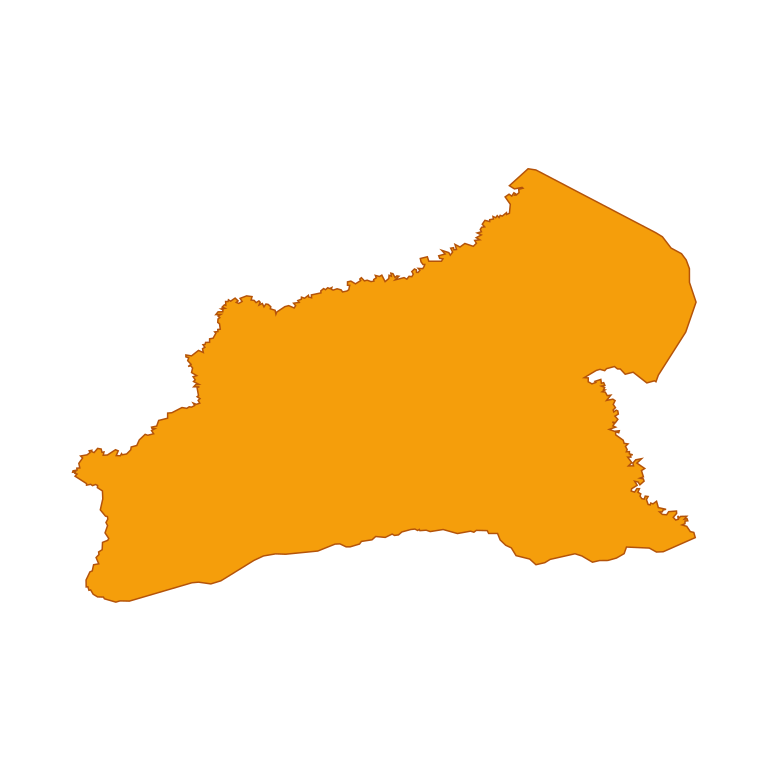 the district of Prathai, Nakhon Ratchasima, Thailand, rotated 264°
{"feature_id": "78962969B10005729924667", "entity_name": "Prathai", "entity_type": "district", "adm_level": 2, "iso_a3": "THA", "parent_name": "Thailand", "parent_adm1": "Nakhon Ratchasima", "projection": "equal_earth", "projection_center": [102.699, 15.58], "detail": "fine", "context": "isolated", "style": "filled", "palette": "amber", "viewbox_px": 768, "rotation_deg": 264, "n_neighbors": 0, "source": "geoboundaries", "source_scale": "gbopen_adm2", "svg_char_len": 6110}
<svg xmlns="http://www.w3.org/2000/svg" viewBox="0 0 768 768"><g transform="rotate(264 384 384)"><path d="M479.7,268.3L478.3,265.3L480.7,263.6L481.4,260.6L484.7,261.9L486.0,256.6L484.2,249.8L480.9,251.5L479.3,248.0L480.6,245.6L481.9,247.6L485.0,244.9L482.4,240.1L484.0,238.1L482.3,237.5L482.6,235.1L478.8,234.9L479.4,233.5L477.4,231.1L475.9,233.7L475.7,229.8L474.6,231.6L472.7,231.2L473.1,226.5L470.6,224.0L470.2,228.9L468.9,226.1L467.1,227.6L466.0,225.7L462.6,225.1L461.1,226.7L455.6,226.9L455.6,224.4L453.5,224.3L453.5,221.1L452.1,222.1L447.4,218.8L447.2,215.3L443.7,214.9L444.0,210.9L442.1,210.2L442.0,208.1L439.2,209.7L438.1,207.2L434.2,207.6L436.8,203.0L432.1,195.5L433.6,190.0L431.7,189.8L430.5,192.5L427.7,191.2L423.7,194.2L421.9,191.1L422.4,193.7L419.9,195.3L415.5,193.8L411.9,198.6L411.2,194.9L407.9,196.7L406.4,194.8L403.0,199.9L403.1,196.7L401.1,194.4L400.5,200.1L399.9,197.7L391.8,198.3L390.9,196.8L388.7,199.5L387.1,197.4L384.2,198.8L383.4,195.2L385.0,192.2L382.4,193.5L381.1,190.1L381.7,187.9L380.4,185.4L381.7,180.6L377.6,170.0L377.7,165.8L372.6,165.2L371.3,156.1L365.9,153.5L365.4,148.3L364.1,148.6L363.5,151.5L362.0,147.9L358.6,149.7L357.7,143.7L358.9,141.2L354.0,134.8L348.7,131.7L347.8,126.0L344.9,125.2L341.3,120.7L341.0,116.3L342.2,115.7L340.2,114.3L340.8,110.2L345.3,112.7L346.7,110.1L342.3,101.5L342.5,97.3L345.7,98.4L345.5,96.4L348.9,95.9L349.9,92.5L346.1,88.5L347.4,86.1L348.6,86.5L348.4,83.8L346.5,84.5L344.6,81.3L344.1,74.7L341.9,76.5L337.0,72.2L332.3,72.7L332.4,69.7L330.5,69.8L330.2,65.7L328.8,65.1L328.8,68.0L327.5,67.2L326.5,69.3L324.6,67.1L316.1,77.7L314.5,77.6L314.9,81.8L313.4,83.5L314.2,86.6L313.0,88.6L310.9,88.1L307.1,92.8L299.1,92.3L288.5,88.7L281.7,93.2L281.1,95.1L278.5,95.2L275.3,93.0L272.1,94.3L265.1,91.0L259.2,94.1L257.4,92.9L255.9,87.5L248.7,86.4L246.8,82.6L244.2,82.7L241.5,79.5L235.0,81.5L234.6,76.3L228.6,74.3L227.9,71.9L220.2,67.2L213.3,66.6L213.3,68.3L209.7,69.0L209.9,70.7L205.3,72.8L202.2,76.9L201.4,82.7L199.6,83.5L195.1,94.5L195.9,98.8L194.7,108.1L206.4,172.2L206.3,178.9L203.3,190.9L205.3,201.2L222.2,236.3L225.6,246.2L226.4,258.4L225.0,268.4L224.8,300.7L229.9,318.6L229.6,323.5L226.0,329.3L225.6,333.4L227.4,342.9L229.8,345.1L230.3,355.8L233.2,359.8L231.3,369.2L233.9,376.4L232.3,378.6L232.4,382.6L235.0,386.3L236.5,395.5L236.5,399.6L234.8,402.2L235.7,403.9L234.4,404.4L234.2,410.7L232.4,414.5L233.1,427.6L227.6,441.4L228.6,454.7L227.2,457.9L228.8,460.5L227.4,471.3L224.4,472.5L223.5,481.3L216.8,483.2L210.9,488.2L207.7,493.5L199.5,497.4L194.7,510.6L188.4,516.2L189.5,525.3L192.2,530.9L195.2,556.2L192.3,562.8L185.0,572.7L185.9,579.9L185.1,588.1L186.6,597.0L190.2,605.1L196.5,608.1L193.1,630.7L188.4,637.4L188.0,644.2L198.7,677.5L204.0,676.6L205.2,673.2L210.8,670.2L212.7,665.6L213.6,668.7L216.2,669.1L216.2,671.8L218.4,671.3L218.2,668.5L220.8,671.3L221.3,665.2L220.1,663.5L222.1,662.4L218.7,662.5L218.2,659.9L221.2,657.7L224.7,661.5L227.1,661.6L227.3,653.8L224.4,651.4L225.2,647.2L228.0,644.6L227.8,647.4L229.5,648.4L229.9,651.4L232.4,643.9L238.9,642.8L236.7,639.0L237.7,636.8L235.9,636.1L236.6,634.1L241.6,632.9L244.5,634.9L245.2,632.1L242.3,630.7L243.0,628.4L245.7,626.9L247.9,627.9L249.8,625.2L253.2,627.1L253.5,624.6L250.3,621.9L251.7,618.7L253.9,619.3L256.8,625.2L261.1,623.1L260.0,626.4L257.0,628.0L260.2,632.5L262.5,632.0L263.6,628.6L264.5,632.3L271.0,631.0L272.7,634.5L278.9,627.2L282.8,632.4L282.3,626.4L279.3,623.2L276.5,623.6L277.0,618.5L279.9,622.2L285.8,618.7L285.5,621.9L287.7,621.7L287.6,624.0L288.9,620.7L291.1,621.0L291.3,617.9L293.4,619.0L296.7,617.6L298.9,620.4L299.9,616.6L303.1,616.0L309.2,609.1L312.3,609.3L311.0,612.3L312.9,613.1L312.9,608.2L315.3,603.2L316.9,609.8L318.4,607.2L320.4,608.9L322.4,607.2L321.3,610.0L324.4,612.9L327.9,610.3L329.6,613.9L332.8,613.7L333.7,612.2L332.2,609.6L334.2,609.1L336.3,611.7L339.7,609.8L343.3,612.1L345.0,610.0L344.4,603.6L349.2,608.4L349.1,604.8L352.8,603.2L353.5,600.2L355.0,603.2L355.4,601.7L357.5,603.1L359.2,600.0L359.6,603.5L362.4,602.6L362.0,600.3L365.9,600.1L364.6,594.0L363.4,594.8L362.4,590.8L364.9,587.3L368.7,587.8L369.4,583.8L375.3,596.5L376.0,600.3L374.2,604.9L376.0,606.9L377.3,615.0L374.6,617.8L374.2,620.6L368.5,624.9L369.7,633.0L357.6,645.5L358.9,653.3L357.8,654.7L364.2,657.8L404.1,689.5L432.8,702.9L453.1,698.4L466.8,699.8L475.8,697.5L482.5,693.5L489.2,683.7L501.3,676.3L505.9,670.3L581.0,557.4L583.0,549.8L568.1,529.4L564.4,534.1L565.1,541.9L564.2,542.7L563.5,538.3L560.2,538.3L558.1,535.3L558.2,533.7L559.4,534.7L560.6,533.2L557.5,530.7L559.7,528.2L557.4,524.0L549.5,528.4L540.7,526.6L539.8,523.7L541.6,523.7L538.6,519.1L539.6,517.2L537.5,515.8L539.6,514.2L537.7,512.5L539.2,509.9L536.6,510.0L536.4,506.3L534.5,506.1L536.2,501.5L532.6,498.4L529.8,500.5L529.7,497.6L527.7,495.9L525.2,496.8L524.5,492.5L522.1,496.4L519.9,491.0L517.4,494.3L517.3,489.2L514.3,490.6L511.6,487.2L515.3,479.1L512.3,473.9L515.4,469.2L510.2,470.2L510.2,467.5L512.3,467.4L512.1,464.5L508.0,466.0L505.2,463.4L507.9,462.2L510.9,455.4L506.9,458.4L505.8,451.8L503.1,452.5L502.3,455.7L500.1,454.0L501.4,441.4L506.0,440.4L505.0,433.2L501.6,433.6L498.7,435.3L498.6,437.0L496.7,436.2L494.7,434.6L495.4,430.1L493.3,431.6L491.4,429.6L491.6,428.0L494.2,428.1L495.2,426.3L492.9,423.4L490.2,424.6L487.8,422.9L488.5,420.2L485.9,417.7L487.7,415.1L486.4,406.0L489.6,410.1L490.2,408.1L488.8,406.1L492.8,404.4L493.5,402.4L490.4,402.6L491.6,400.4L488.4,399.8L485.7,395.8L492.5,393.2L491.4,390.7L492.9,386.7L490.4,387.4L489.0,384.7L487.4,384.7L487.2,381.8L489.0,378.1L488.6,375.3L492.1,372.6L490.9,370.9L489.3,371.6L486.6,366.1L489.8,361.8L489.4,358.4L486.0,358.0L485.7,360.2L481.4,358.8L480.3,356.7L479.9,352.4L482.1,351.2L483.6,347.3L482.7,343.2L483.7,341.5L485.4,342.2L484.6,340.0L485.6,338.1L483.9,335.7L485.2,333.9L483.2,330.9L481.2,330.8L480.2,321.1L477.3,321.0L478.3,318.2L480.1,318.1L477.6,313.9L479.0,311.0L476.9,310.6L476.0,307.0L474.0,308.2L473.8,302.5L471.1,304.3L469.0,302.6L471.9,297.4L471.3,293.5L466.8,284.9L464.7,283.8L468.7,283.4L470.7,278.8L472.7,279.5L475.3,277.1L475.9,274.9L473.3,272.7L476.8,271.4L475.6,268.0L478.2,269.4L479.7,268.3Z" fill="#f59e0b" stroke="#b45309" stroke-width="1.5"/></g></svg>